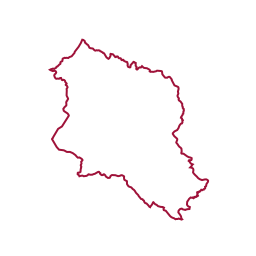 Turiscai, Manufahi, East Timor (Natural Earth projection), rotated 113°
{"feature_id": "22284137B60481947224566", "entity_name": "Turiscai", "entity_type": "district", "adm_level": 2, "iso_a3": "TLS", "parent_name": "East Timor", "parent_adm1": "Manufahi", "projection": "natural_earth1", "projection_center": [125.752, -8.827], "detail": "fine", "context": "isolated", "style": "outline", "palette": "rose", "viewbox_px": 256, "rotation_deg": 113, "n_neighbors": 0, "source": "geoboundaries", "source_scale": "gbopen_adm2", "svg_char_len": 5780}
<svg xmlns="http://www.w3.org/2000/svg" viewBox="0 0 256 256"><g transform="rotate(113 128 128)"><path d="M191.4,153.9L190.9,153.4L190.0,152.0L189.6,151.2L189.7,149.9L188.2,147.4L187.0,146.6L186.1,146.3L185.9,145.7L185.8,144.5L184.9,142.6L183.9,141.7L183.2,140.7L180.5,138.7L179.9,138.1L179.7,137.5L180.2,136.7L180.4,135.9L180.9,135.9L181.2,135.5L181.6,134.2L181.6,133.7L181.1,132.7L180.7,132.7L180.3,132.5L180.0,132.1L180.0,131.6L180.5,130.3L181.3,129.5L181.8,127.0L181.2,125.7L180.8,125.3L179.0,125.3L177.8,124.6L177.5,124.2L176.4,121.2L176.2,118.3L175.3,116.9L174.1,115.8L173.8,114.8L174.0,112.9L174.4,112.5L175.0,112.4L176.5,111.6L177.1,111.0L177.4,108.2L179.6,107.2L180.2,106.8L181.5,104.7L181.5,103.2L181.4,101.7L182.3,99.9L182.6,98.4L183.3,97.0L184.0,96.1L184.6,95.2L185.8,92.3L186.7,91.3L187.0,90.5L188.1,88.5L188.2,88.2L187.9,86.8L188.4,86.2L188.6,85.0L189.7,84.1L190.4,82.8L190.2,81.5L191.2,79.2L192.2,77.4L192.2,76.7L191.6,76.8L190.4,76.3L188.4,75.9L186.7,75.9L186.4,75.6L187.3,73.8L187.6,72.9L187.5,71.8L188.2,69.8L187.8,66.9L187.2,65.3L187.2,64.2L187.3,63.7L188.3,63.8L189.3,63.3L189.6,62.9L189.4,60.9L192.6,54.9L193.1,53.3L193.2,52.0L193.1,50.2L193.3,49.5L193.4,48.6L192.9,48.1L192.4,46.8L191.5,45.9L191.6,45.4L191.4,44.4L191.4,43.0L190.9,42.5L190.4,43.5L188.6,44.7L187.4,46.3L186.1,48.6L185.7,48.8L184.4,49.1L183.6,48.9L182.3,48.4L181.4,47.4L181.2,46.9L181.5,46.1L181.1,43.6L181.0,43.2L180.5,42.9L180.0,42.1L179.6,41.8L178.6,39.8L176.6,40.2L176.6,41.9L176.2,42.8L175.6,43.7L174.0,44.3L172.5,44.7L171.6,44.4L169.5,44.1L167.5,43.2L167.1,41.3L166.7,41.3L166.6,41.0L166.8,40.4L166.5,40.4L166.3,39.9L165.9,40.1L165.5,40.0L165.4,39.3L164.9,39.0L164.9,38.5L164.7,38.2L164.4,38.3L163.8,37.8L163.6,37.9L163.4,37.3L163.0,37.1L161.8,38.5L160.8,38.3L160.6,38.9L160.3,39.2L160.0,39.2L159.8,39.0L159.7,38.3L159.1,38.0L158.9,37.3L158.6,37.1L158.2,37.3L157.7,36.8L156.5,36.5L156.6,36.3L156.3,36.0L156.4,35.7L156.3,35.4L155.4,34.8L155.1,34.2L154.6,34.3L153.5,33.4L152.9,33.5L152.0,34.1L150.9,33.4L149.0,33.9L146.6,33.4L145.7,33.5L145.2,33.7L144.8,34.4L144.7,35.8L145.2,37.0L147.0,39.5L147.1,41.8L146.8,43.6L146.3,44.8L146.0,45.2L145.0,47.9L144.1,49.9L143.4,50.8L141.3,51.3L140.7,51.6L140.0,52.2L139.8,52.8L139.7,54.1L140.0,55.3L137.8,54.5L137.1,54.6L136.2,54.2L136.2,56.1L135.6,57.3L134.9,58.2L134.6,59.3L134.2,59.3L133.7,59.1L133.3,57.8L132.8,57.2L132.3,57.1L130.9,57.6L130.8,58.4L130.9,59.8L131.1,60.4L131.0,62.3L130.0,66.7L130.1,67.4L130.6,68.4L130.6,68.7L130.2,69.2L128.4,69.5L126.1,70.8L125.5,72.0L125.3,73.2L124.5,74.7L123.5,76.1L122.9,77.4L122.5,77.9L121.6,78.0L120.0,78.0L119.0,78.3L118.6,78.8L117.4,82.3L115.9,84.5L115.3,84.7L113.0,83.9L110.6,81.9L108.4,81.5L105.7,81.6L104.7,81.4L103.5,81.0L102.9,80.6L102.6,80.1L101.4,80.1L99.8,81.0L99.4,80.6L99.1,80.9L99.0,81.5L98.6,81.9L98.2,82.0L98.0,82.3L97.9,83.3L97.2,83.4L94.7,82.9L93.8,83.1L93.2,82.7L91.3,83.4L90.6,83.3L90.1,83.4L89.4,84.0L88.8,84.0L88.1,85.5L87.2,85.8L86.7,86.5L85.7,87.1L84.6,87.5L83.1,90.0L82.7,91.9L82.1,92.5L81.2,92.6L80.8,92.8L80.3,93.8L79.5,94.7L78.7,95.1L76.7,95.1L74.9,96.3L72.2,96.7L70.9,97.5L70.7,97.9L70.6,98.4L70.6,101.9L66.9,106.4L66.2,106.7L65.0,108.9L64.7,109.6L64.8,110.1L65.2,110.8L66.4,111.6L67.1,113.3L67.1,113.7L65.2,117.3L62.9,118.7L62.6,119.0L62.6,119.5L62.7,120.0L63.9,123.7L64.7,124.2L66.5,126.7L66.9,128.1L67.5,129.2L67.4,130.1L66.8,130.1L66.2,130.5L65.9,131.0L65.6,134.0L66.2,135.9L66.4,137.2L65.6,139.3L67.3,139.8L67.6,140.9L68.7,141.8L70.1,142.1L70.5,142.3L70.7,142.8L70.4,143.5L68.3,144.1L67.7,145.3L65.1,146.3L65.1,146.9L65.3,147.2L65.2,147.7L64.9,148.0L65.0,148.8L66.5,149.2L67.6,149.7L68.1,149.7L69.3,150.2L70.1,149.8L71.1,149.6L71.5,149.9L71.7,151.6L71.2,152.3L70.3,153.0L69.2,153.2L68.4,154.0L67.8,154.3L67.6,154.8L67.9,156.0L67.8,157.6L67.7,158.1L67.1,158.8L67.1,159.3L67.9,160.0L67.9,160.6L66.8,161.8L66.8,162.5L67.3,163.4L67.1,164.2L66.3,165.1L66.2,165.5L66.8,166.7L67.4,166.8L67.7,167.4L66.1,170.5L66.1,170.9L66.6,173.0L67.1,173.0L67.6,172.5L68.8,172.3L71.1,172.5L72.0,173.1L71.4,175.4L68.6,179.2L68.7,180.3L68.3,180.8L68.3,181.8L68.1,182.5L68.2,183.5L67.8,184.3L67.9,185.3L68.5,186.3L68.7,187.3L69.5,188.2L69.6,188.6L69.2,190.2L68.7,191.0L68.6,191.5L69.2,193.7L69.2,194.8L67.3,197.1L67.1,198.0L67.1,198.4L66.6,199.3L66.6,200.2L66.2,200.5L66.0,201.1L65.0,201.7L64.8,202.0L64.4,203.6L64.6,204.6L68.1,204.6L72.6,205.2L78.6,206.8L79.8,206.6L84.0,207.9L85.7,209.7L86.9,210.3L87.4,212.0L87.9,212.7L88.1,213.7L89.4,215.0L89.8,215.2L92.0,214.6L92.3,214.7L93.0,215.5L94.0,215.9L95.2,215.3L95.6,215.4L96.4,216.0L99.0,217.0L99.5,217.7L100.8,217.8L101.8,218.6L102.3,219.2L102.8,220.5L103.4,221.0L103.8,221.7L104.9,222.6L105.0,222.1L105.0,219.6L104.9,219.3L104.0,218.2L104.0,216.8L104.5,216.1L104.9,215.8L105.6,215.8L106.2,215.9L107.4,216.5L108.5,216.4L109.6,215.5L110.5,214.3L110.7,213.8L110.7,213.2L110.1,212.3L109.6,210.7L108.5,210.0L108.1,209.2L109.5,207.8L109.6,207.1L108.9,206.4L108.8,205.3L109.0,204.9L109.3,204.3L110.1,203.8L111.0,201.9L111.4,201.9L112.2,202.2L112.6,202.2L112.8,201.8L112.9,200.9L113.9,199.7L114.3,199.5L116.0,199.8L117.2,199.1L121.9,197.3L122.3,197.0L124.3,194.7L124.7,194.5L125.9,194.7L126.6,194.6L127.4,195.0L128.5,194.9L130.9,193.7L131.4,193.6L133.7,194.6L135.7,195.0L137.2,193.9L137.5,193.1L138.2,189.4L138.9,188.1L139.8,187.3L152.4,189.4L156.1,192.0L165.7,193.3L166.4,193.2L167.3,193.6L167.9,193.6L173.4,186.2L174.9,183.0L173.7,178.7L173.6,177.8L173.9,175.2L173.8,174.6L172.7,172.0L172.7,170.3L172.7,169.1L173.5,165.7L174.4,164.0L174.9,162.5L174.1,161.2L174.5,158.6L174.9,157.9L175.2,157.4L175.5,157.3L177.4,157.9L178.9,156.9L180.6,157.0L181.1,156.7L181.6,156.0L182.5,155.9L182.8,155.6L184.2,155.5L186.9,154.6L187.9,155.2L188.7,156.6L189.1,156.7L190.3,156.2L190.5,155.2L190.6,154.8L191.4,153.9Z" fill="none" stroke="#9f1239" stroke-width="2"/></g></svg>